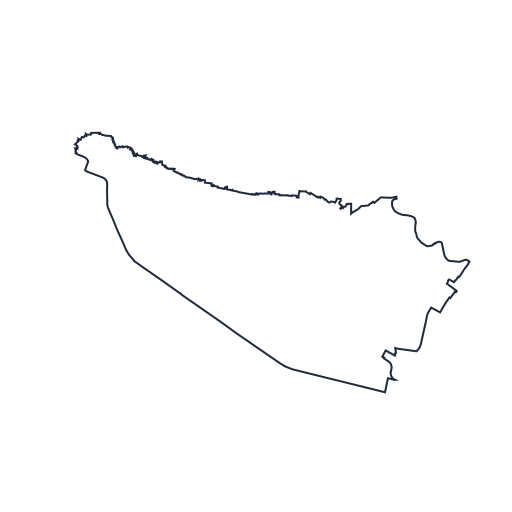 Sector 3, Bucharest, Romania, rotated 17°
{"feature_id": "2599482B73874901058237", "entity_name": "Sector 3", "entity_type": "district", "adm_level": 2, "iso_a3": "ROU", "parent_name": "Romania", "parent_adm1": "Bucharest", "projection": "natural_earth1", "projection_center": [26.157, 44.418], "detail": "fine", "context": "isolated", "style": "outline", "palette": "slate", "viewbox_px": 512, "rotation_deg": 17, "n_neighbors": 0, "source": "geoboundaries", "source_scale": "gbopen_adm2", "svg_char_len": 5995}
<svg xmlns="http://www.w3.org/2000/svg" viewBox="0 0 512 512"><g transform="rotate(17 256 256)"><path d="M461.7,198.9L460.6,198.4L458.2,198.1L456.9,198.7L452.6,201.9L451.8,202.2L442.4,204.1L441.1,204.0L438.0,202.4L436.8,201.2L435.1,198.8L430.1,189.6L429.6,189.0L428.5,188.6L426.8,188.9L425.7,189.5L423.8,191.4L423.5,191.2L423.2,191.5L422.4,192.6L422.7,192.7L421.0,194.7L419.3,195.5L417.3,196.5L415.8,196.5L410.0,194.7L405.4,191.9L404.2,190.6L402.4,187.4L401.2,186.1L400.2,183.5L399.2,178.9L399.1,177.6L398.9,177.6L398.6,176.2L397.3,174.1L396.4,173.2L394.0,172.6L392.2,172.6L388.9,172.8L384.2,173.8L380.7,173.7L376.9,173.0L375.2,172.1L373.8,171.0L371.7,168.5L370.9,166.5L370.3,164.4L370.2,163.9L370.8,162.4L371.3,161.7L372.2,161.0L373.5,160.4L373.7,160.1L372.9,158.3L369.6,160.1L367.4,161.1L358.3,163.4L353.6,170.6L352.3,169.8L351.6,170.6L351.8,170.8L350.2,172.1L349.7,172.8L349.8,172.9L348.6,174.9L342.1,177.5L339.8,181.5L335.9,185.8L335.7,185.8L334.6,187.7L331.7,178.2L328.5,179.3L328.7,179.6L327.4,180.1L327.5,180.8L326.9,182.7L325.8,183.2L325.4,184.6L324.3,184.3L323.3,186.1L322.7,185.8L323.3,184.6L323.7,183.0L323.5,182.8L320.7,182.0L320.0,180.4L320.9,178.5L320.4,176.7L316.3,177.5L316.7,179.5L316.5,179.9L316.0,181.8L314.9,181.5L312.0,181.9L310.7,183.3L310.2,183.5L308.4,183.0L306.3,181.5L305.1,182.0L304.8,181.5L302.2,180.4L301.4,180.6L300.4,180.4L300.3,181.6L298.4,181.1L298.1,182.0L289.7,179.7L289.5,181.1L284.7,179.9L284.7,179.7L280.1,181.0L278.5,181.1L278.9,183.5L278.7,184.2L278.9,185.4L279.6,187.7L277.8,188.0L277.4,186.7L276.6,186.6L272.5,187.6L272.3,187.8L272.4,188.2L272.1,188.2L269.7,188.8L268.9,188.6L267.9,188.8L267.9,189.0L267.4,189.2L263.0,190.3L263.0,190.5L260.6,191.1L260.3,190.2L256.8,191.2L256.8,190.9L255.5,191.0L255.0,189.1L253.2,189.8L253.4,190.6L252.6,190.8L252.7,192.3L252.3,192.4L252.4,192.6L252.0,192.6L251.7,191.4L251.2,191.3L250.3,191.5L250.1,190.8L249.1,191.1L249.5,192.7L246.2,193.6L244.5,194.4L241.8,194.9L241.4,195.1L241.3,195.4L239.6,195.9L239.8,196.7L239.1,196.8L238.8,195.8L237.9,195.9L237.8,196.1L238.0,197.0L237.3,197.2L237.4,197.6L235.4,198.1L235.3,197.7L234.2,197.9L234.3,198.4L220.3,200.0L219.1,199.7L214.1,200.4L213.9,199.6L213.6,199.8L213.7,200.2L208.7,200.8L208.5,199.4L208.2,199.4L207.9,198.2L207.7,198.3L207.8,199.0L207.0,199.1L207.1,199.8L206.3,199.9L206.5,200.9L205.9,201.2L205.3,201.3L205.3,201.1L199.4,201.8L199.2,200.8L195.6,201.2L194.8,201.1L194.8,200.7L194.4,200.8L194.5,201.9L193.3,202.0L192.6,201.3L192.4,199.5L185.7,200.8L184.9,198.5L182.1,199.1L182.2,199.4L181.0,199.7L181.2,200.2L180.4,200.4L180.0,199.0L178.9,199.5L178.6,199.1L178.5,199.5L178.3,198.9L174.5,200.5L174.4,200.3L169.1,200.5L165.6,201.2L164.7,200.4L164.4,200.3L162.8,200.2L162.8,200.5L162.4,200.5L162.5,200.1L161.2,199.7L160.8,199.7L160.7,200.1L159.7,200.1L159.4,199.6L156.5,199.5L156.3,199.0L155.7,199.4L152.6,198.8L152.7,196.5L151.0,196.8L151.1,197.3L150.2,197.5L149.8,197.2L149.2,197.3L149.4,197.8L146.5,197.9L146.5,198.3L145.8,198.4L145.0,197.5L144.3,197.7L143.8,197.6L143.8,197.3L143.6,197.3L143.3,197.3L143.3,197.7L142.9,197.6L142.9,196.1L140.5,196.4L139.9,196.3L138.3,193.0L136.5,193.7L136.8,194.5L136.1,194.8L136.0,194.6L135.0,195.2L135.0,195.5L134.8,195.5L134.8,196.0L134.5,196.0L134.5,196.5L134.1,196.4L134.1,195.8L133.7,195.8L133.7,196.3L133.2,196.3L133.2,195.0L131.7,195.2L131.6,196.4L129.7,195.9L129.9,194.2L129.0,194.1L127.9,193.7L127.6,195.1L127.0,195.1L126.7,194.9L126.7,194.7L126.3,194.6L126.2,195.1L124.2,194.8L123.8,194.5L123.3,194.4L123.2,194.7L122.9,194.7L123.0,193.9L122.5,193.9L122.2,195.1L121.0,194.8L121.0,195.0L120.5,195.0L120.7,194.1L120.5,193.8L120.9,192.1L119.7,192.8L119.3,192.9L119.3,194.5L118.3,194.5L118.3,193.9L112.7,194.2L112.3,192.9L111.6,193.2L112.0,195.7L110.3,195.9L110.2,195.2L109.6,195.4L109.3,193.7L108.3,194.0L108.2,193.9L108.2,193.6L108.0,193.3L108.3,193.0L108.0,192.7L108.5,192.3L108.3,192.1L107.3,191.1L106.3,191.5L106.0,191.1L106.7,190.6L105.9,189.9L105.4,190.5L104.5,191.0L104.3,190.8L105.2,189.6L104.2,189.1L102.6,189.0L101.7,189.9L100.9,188.9L100.2,189.0L97.1,190.9L96.6,190.1L96.1,190.2L95.9,190.7L94.7,191.2L94.4,190.7L94.7,191.5L94.3,191.8L93.6,191.2L91.4,192.3L92.1,193.6L91.4,193.9L90.6,193.4L88.3,191.2L88.6,190.4L88.1,190.3L87.0,188.6L86.3,189.1L84.8,187.0L85.6,186.5L84.9,185.8L84.5,184.6L83.4,184.9L83.0,184.2L82.3,183.7L76.5,185.0L75.4,184.9L73.5,185.2L72.9,184.8L72.1,184.7L71.5,184.9L71.2,184.5L71.1,185.0L70.3,185.2L69.8,184.1L62.8,186.3L62.8,186.8L62.3,186.9L62.4,188.3L58.8,189.3L57.9,189.0L58.4,189.8L58.7,190.8L57.0,190.9L57.0,192.4L56.6,192.9L54.7,193.1L54.3,196.2L52.3,195.9L52.8,196.5L52.6,196.9L51.8,197.0L51.6,197.4L51.7,197.9L52.5,198.2L50.3,202.1L52.9,202.9L52.7,204.2L53.6,204.4L53.4,204.8L53.6,205.3L53.3,205.2L53.1,206.3L52.4,206.5L52.0,206.0L51.6,206.1L53.0,207.7L52.7,208.6L53.9,209.5L53.4,210.4L56.2,211.1L61.6,211.4L64.1,211.9L66.0,212.8L67.9,214.5L67.4,223.7L67.7,224.1L68.9,224.6L86.9,225.8L88.8,226.4L90.7,227.6L91.9,228.9L92.7,230.8L94.4,236.9L98.2,248.5L98.9,250.7L100.5,253.4L108.1,262.3L115.9,271.9L125.0,282.2L129.8,288.0L134.3,292.0L140.5,295.9L140.6,296.2L142.9,297.2L143.6,297.2L149.1,299.2L173.0,306.8L194.1,313.9L194.7,313.8L195.5,314.1L196.0,314.7L242.1,329.5L260.1,335.7L310.4,351.6L314.9,352.8L317.4,353.2L324.3,353.7L419.2,348.6L417.9,334.3L424.5,334.0L425.3,333.7L423.2,333.3L421.5,332.3L420.1,330.8L419.2,329.2L418.9,328.5L418.4,323.1L417.9,321.9L416.1,319.4L414.0,318.2L408.2,316.5L408.3,315.7L406.2,315.4L407.6,308.4L418.0,310.7L418.2,310.2L417.6,309.5L417.5,308.7L417.7,308.2L418.2,307.8L416.1,303.3L418.0,303.3L437.3,300.2L438.5,297.7L439.3,295.2L439.4,291.8L437.7,270.0L437.0,263.2L437.0,260.7L438.6,254.1L448.5,256.1L451.0,245.6L453.1,239.1L454.1,239.4L456.7,232.0L457.7,232.3L458.2,230.8L450.6,228.0L446.6,226.7L447.1,224.5L446.9,223.2L447.4,222.1L447.9,222.0L452.8,223.2L453.4,221.8L453.5,221.9L454.2,220.5L455.5,216.7L456.2,216.9L457.2,214.5L459.2,207.2L460.8,203.0L461.2,202.4L461.1,202.0L461.7,198.9Z" fill="none" stroke="#1e293b" stroke-width="2"/></g></svg>